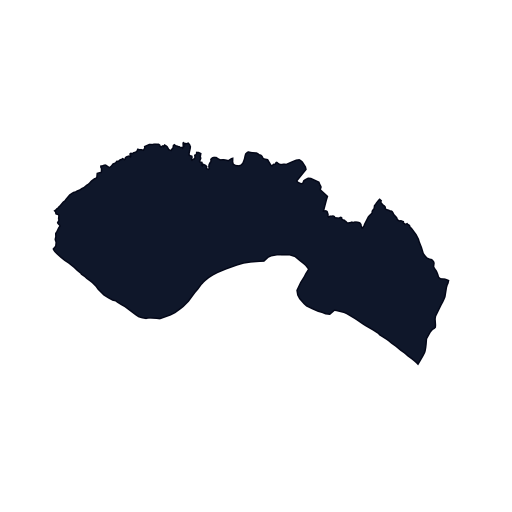 Kang Meas, Kâmpóng Cham, Cambodia (Natural Earth projection), rotated 32°
{"feature_id": "14789045B63152664596772", "entity_name": "Kang Meas", "entity_type": "district", "adm_level": 2, "iso_a3": "KHM", "parent_name": "Cambodia", "parent_adm1": "Kâmpóng Cham", "projection": "natural_earth1", "projection_center": [105.15, 11.935], "detail": "fine", "context": "isolated", "style": "filled", "palette": "ink", "viewbox_px": 512, "rotation_deg": 32, "n_neighbors": 0, "source": "geoboundaries", "source_scale": "gbopen_adm2", "svg_char_len": 6076}
<svg xmlns="http://www.w3.org/2000/svg" viewBox="0 0 512 512"><g transform="rotate(32 256 256)"><path d="M61.3,324.4L62.4,324.6L63.4,325.5L64.0,326.2L65.2,326.0L66.5,325.6L67.1,325.8L67.7,326.6L68.4,328.1L69.0,329.2L70.0,329.8L70.1,332.8L70.8,333.3L73.2,333.9L73.9,334.4L73.8,336.8L74.3,340.9L74.2,342.9L74.8,343.9L76.0,345.6L76.9,348.2L78.0,349.3L79.0,349.9L79.9,351.5L81.0,353.8L80.4,357.4L81.1,357.9L83.1,358.8L86.1,359.5L91.2,360.4L96.1,361.0L100.9,361.1L107.7,361.9L111.9,362.8L116.8,363.4L117.5,363.9L122.0,364.1L124.4,364.6L128.6,364.9L131.3,365.2L136.5,366.4L139.8,367.8L147.6,369.6L153.2,369.6L158.0,369.3L160.7,368.3L162.9,368.5L167.7,368.5L171.7,368.3L185.3,369.5L188.7,369.6L192.0,368.7L195.8,367.2L197.2,365.8L199.7,364.2L204.8,361.4L207.3,360.3L207.9,359.8L214.6,351.3L217.2,347.0L219.8,340.6L220.9,337.5L222.6,330.1L223.4,319.4L224.1,314.9L224.5,309.1L224.9,307.5L225.1,306.1L225.8,303.5L227.3,299.2L229.4,294.8L231.9,290.5L237.3,282.9L244.4,273.9L249.2,268.5L254.7,263.8L261.5,258.8L265.4,256.1L266.9,250.5L268.7,247.8L273.0,243.9L283.9,237.1L289.4,235.7L295.9,236.6L300.6,237.1L303.1,237.5L307.7,239.2L307.7,244.8L308.0,247.8L308.0,254.7L309.0,263.4L312.1,266.9L315.7,269.0L322.1,270.9L325.4,271.5L331.8,270.8L338.0,269.9L342.0,268.7L345.6,268.1L349.4,266.3L351.2,260.4L353.3,259.5L360.6,257.1L363.4,256.7L373.3,256.5L383.3,256.9L386.2,256.9L394.4,256.6L400.8,256.7L402.8,257.3L411.0,257.3L413.7,257.5L417.1,258.0L422.4,258.3L428.8,259.2L433.1,259.4L438.0,260.2L442.6,260.5L445.8,260.9L448.8,261.4L450.7,261.9L450.6,258.1L450.4,252.2L450.1,248.6L449.7,247.0L448.5,244.0L447.1,241.0L445.9,238.7L444.4,235.8L444.0,228.2L444.5,224.8L445.5,222.8L445.8,221.4L444.8,219.5L441.2,214.5L440.1,211.9L438.8,199.3L438.6,195.9L438.2,192.8L437.8,190.5L434.1,181.7L433.4,179.2L433.2,177.4L432.3,174.8L430.4,175.1L428.3,175.6L424.6,177.6L422.4,177.4L421.6,176.9L419.8,175.3L417.9,173.9L416.4,173.0L415.0,172.5L412.8,171.4L412.2,170.9L410.7,167.7L409.5,166.7L406.9,166.0L404.8,166.8L402.0,167.2L399.0,166.3L396.5,165.3L391.7,161.1L386.8,157.5L384.8,155.7L380.4,153.1L372.8,150.1L372.0,150.3L371.0,149.7L370.6,149.2L369.4,148.7L367.8,148.8L367.0,148.5L366.6,149.2L365.9,149.8L365.5,150.4L364.3,149.8L363.6,150.1L363.0,149.7L362.7,148.8L362.0,149.0L360.7,149.2L360.1,149.4L359.1,150.3L357.9,150.4L356.4,150.2L355.4,149.3L354.7,148.9L350.7,147.8L350.0,147.3L349.4,147.2L349.1,146.7L348.4,146.5L347.9,146.2L346.5,146.3L346.2,147.0L345.4,147.0L344.6,146.8L342.2,147.5L341.4,147.5L340.2,147.3L340.0,146.5L339.6,146.0L338.9,145.8L338.2,145.5L337.6,145.7L333.9,144.7L333.0,143.7L332.9,142.8L330.8,142.4L330.5,143.7L330.1,147.2L330.1,149.1L329.8,150.4L331.3,153.7L330.9,154.1L330.8,156.1L331.0,156.8L331.5,157.4L331.6,158.4L331.5,159.1L331.3,159.8L331.2,160.5L330.9,161.2L330.8,162.2L330.6,162.8L330.6,163.5L331.3,171.5L331.5,172.3L331.7,173.0L331.6,175.7L331.0,176.1L329.1,174.7L328.2,173.6L326.4,172.9L324.6,173.4L322.9,174.2L321.4,175.2L320.7,176.3L319.9,176.5L319.4,176.4L318.3,177.8L317.6,178.3L316.3,179.6L315.3,179.5L313.9,179.1L313.2,179.2L312.1,178.8L311.4,179.3L310.1,179.2L309.5,179.5L308.9,179.1L308.5,178.3L307.8,178.2L307.1,178.5L306.7,179.4L306.2,180.0L302.6,181.8L301.6,181.1L300.7,181.1L299.8,181.5L299.0,182.3L298.2,182.7L297.5,183.3L297.3,184.0L296.8,184.6L295.7,183.8L294.9,182.4L293.9,181.7L293.3,181.0L292.5,180.6L291.9,180.6L290.8,181.0L289.4,182.2L285.9,171.0L285.0,167.6L275.8,165.9L275.2,165.4L274.6,163.1L274.0,162.6L271.9,161.4L270.2,160.1L261.4,161.2L259.2,162.3L258.7,162.9L257.2,165.6L256.7,166.9L256.8,167.7L257.1,168.4L257.1,169.2L256.9,169.9L256.5,170.5L255.5,170.9L254.4,171.1L253.4,171.2L252.4,171.3L251.5,171.1L250.7,170.7L252.5,156.1L250.7,154.3L245.5,151.8L243.4,151.5L241.7,151.5L239.4,153.4L236.8,157.0L233.2,162.3L231.1,163.3L229.0,165.1L227.4,165.8L225.3,165.8L224.2,165.6L223.7,165.8L223.5,166.5L223.7,167.2L223.7,168.0L222.3,169.0L222.1,169.7L222.1,170.7L221.3,171.4L219.0,170.4L214.8,168.2L213.4,168.7L211.7,169.4L209.6,169.4L209.2,168.9L208.2,168.3L206.6,168.0L204.9,168.6L203.6,168.3L201.9,168.4L197.7,170.6L195.7,171.4L194.4,171.8L193.8,172.7L193.2,174.9L193.8,177.0L194.7,179.4L195.2,181.4L195.7,184.0L195.3,186.7L193.8,188.6L190.8,190.1L188.1,190.3L186.3,188.6L184.5,185.5L183.6,186.5L182.1,189.8L179.5,190.7L177.2,191.7L174.9,193.4L172.8,193.7L170.1,193.6L168.2,194.6L167.0,195.9L166.5,197.9L167.8,199.6L167.6,201.0L167.8,203.2L168.6,205.1L170.0,206.5L169.7,207.8L168.9,208.0L167.5,208.0L166.8,206.3L165.3,205.9L162.8,206.2L162.7,208.0L161.8,207.8L161.5,206.3L160.5,205.3L158.9,206.0L157.8,205.4L157.7,203.9L157.3,202.3L156.1,201.3L154.9,198.4L152.4,198.7L150.8,199.6L151.5,200.9L151.3,202.3L150.7,203.0L152.1,204.7L152.2,206.3L151.4,207.4L151.0,208.7L149.9,208.2L149.4,206.1L148.6,205.4L147.1,205.9L145.8,205.8L145.0,204.8L143.2,199.8L142.5,198.2L140.6,196.8L138.7,196.2L137.4,197.8L136.6,198.0L136.6,199.2L134.6,198.2L134.3,198.8L136.1,201.4L136.8,201.5L136.3,202.5L136.6,203.4L135.7,203.2L134.3,204.2L133.1,204.0L131.7,204.6L130.9,204.6L129.6,205.1L127.8,204.9L127.4,206.0L128.4,208.3L128.1,209.7L128.2,211.4L127.0,211.9L125.6,212.0L122.9,210.5L121.8,210.3L119.7,210.3L119.8,212.2L118.7,211.9L118.2,212.7L117.8,213.9L117.1,214.0L116.3,213.6L115.6,213.0L114.2,212.9L110.3,215.2L109.3,216.3L106.5,217.9L103.6,222.2L104.1,222.7L104.5,223.6L104.5,226.0L102.2,226.7L101.0,227.6L99.2,228.1L99.5,230.1L99.3,230.9L98.8,231.9L97.5,233.3L97.2,234.4L95.3,235.4L95.1,236.3L96.1,237.2L96.9,237.6L97.1,238.4L95.3,238.6L93.8,240.3L93.2,241.7L93.6,242.9L93.4,244.0L91.3,244.1L90.9,245.3L89.9,246.3L89.4,247.7L89.3,248.6L87.8,249.4L87.6,251.6L86.0,253.7L85.8,256.1L85.4,257.6L84.8,258.8L80.3,258.6L79.1,259.5L78.4,260.6L76.8,262.0L77.5,263.0L78.7,263.7L80.3,266.5L80.4,267.2L79.1,268.4L77.6,270.1L79.3,273.5L79.1,275.1L78.0,276.2L77.8,277.1L77.4,277.9L76.7,279.8L76.3,282.4L75.8,284.1L75.0,285.6L73.9,289.1L72.7,290.9L71.7,293.2L69.8,295.8L69.0,297.5L67.9,298.4L67.0,300.0L65.7,302.9L64.9,308.5L64.8,310.5L64.0,312.4L63.3,317.4L62.8,319.0L62.8,320.2L62.1,321.6L62.0,322.7L61.3,324.4Z" fill="#0f172a" stroke="#020617" stroke-width="1.5"/></g></svg>